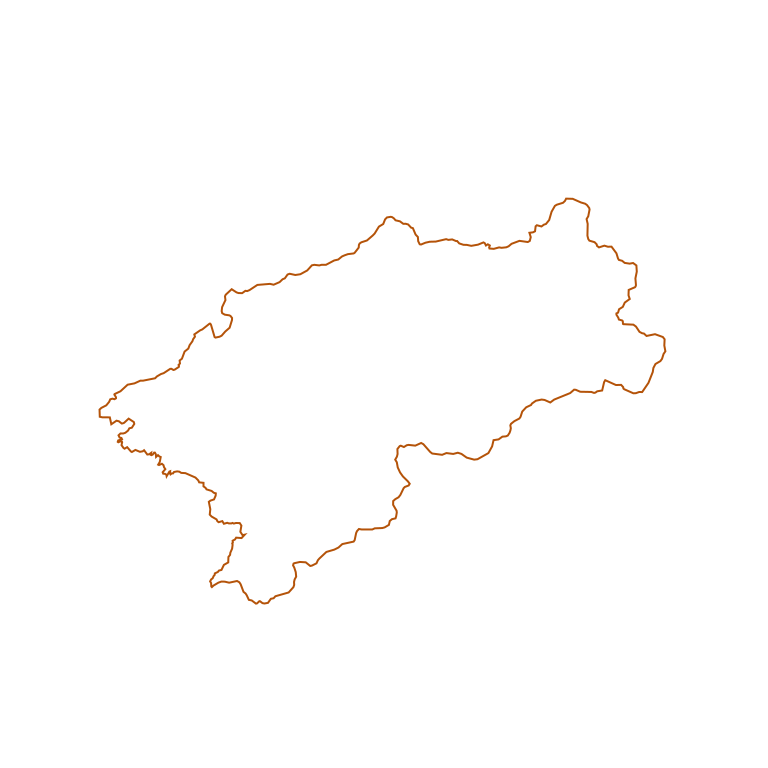 the district of Sop Cop, Son La, Vietnam, rotated 308°
{"feature_id": "81297802B35904575630157", "entity_name": "Sop Cop", "entity_type": "district", "adm_level": 2, "iso_a3": "VNM", "parent_name": "Vietnam", "parent_adm1": "Son La", "projection": "albers", "projection_center": [103.41, 20.879], "detail": "fine", "context": "isolated", "style": "outline", "palette": "amber", "viewbox_px": 768, "rotation_deg": 308, "n_neighbors": 0, "source": "geoboundaries", "source_scale": "gbopen_adm2", "svg_char_len": 6166}
<svg xmlns="http://www.w3.org/2000/svg" viewBox="0 0 768 768"><g transform="rotate(308 384 384)"><path d="M121.4,368.5L120.7,370.3L118.1,372.6L118.0,373.4L120.1,373.7L125.5,375.8L128.2,377.5L130.2,380.2L132.1,384.3L138.3,389.5L138.7,392.1L137.9,394.4L133.7,401.3L133.7,403.9L133.0,405.9L130.7,410.4L132.0,413.0L132.1,418.3L132.9,419.0L136.1,419.5L136.5,420.1L136.5,423.1L137.4,424.9L140.1,427.3L145.1,427.1L147.2,428.9L149.9,429.1L161.0,437.2L168.1,437.7L170.4,436.9L172.6,435.0L175.0,433.9L178.1,433.4L181.4,430.3L184.1,426.3L185.1,424.0L186.8,423.3L187.5,423.6L192.0,427.3L195.3,432.1L195.2,437.9L196.5,439.0L201.1,441.2L204.4,440.4L206.6,440.5L216.2,442.0L222.9,446.8L227.1,448.8L232.2,449.7L241.1,457.1L242.9,457.0L249.4,453.8L251.4,453.3L254.3,453.5L255.7,456.1L262.1,464.3L264.6,465.6L269.4,471.3L271.4,472.8L276.0,474.6L279.6,472.9L282.4,473.5L285.2,475.8L287.1,475.1L290.6,473.2L291.9,471.9L294.4,465.6L297.4,463.3L300.2,463.8L303.7,465.2L306.6,465.2L314.0,463.6L315.7,463.8L319.2,465.9L321.2,465.7L322.0,462.8L322.8,455.8L324.2,451.1L326.7,446.2L330.2,442.3L331.3,439.4L334.7,438.9L337.2,437.8L341.0,434.6L344.7,434.6L345.7,435.2L346.6,438.5L349.7,439.6L351.1,440.8L354.7,446.6L360.4,449.6L360.8,452.1L358.9,462.2L358.9,464.8L364.0,473.4L368.0,475.7L371.5,481.6L375.3,484.5L376.6,488.1L376.9,494.5L379.9,501.6L382.3,504.0L393.8,508.8L401.4,507.6L407.2,504.9L410.9,508.4L415.4,509.7L417.8,512.3L419.6,513.3L422.9,513.0L425.2,512.2L427.2,511.2L429.2,509.0L430.8,508.6L435.0,509.6L440.1,511.9L442.2,511.8L447.4,509.9L453.2,510.4L458.0,512.8L459.7,512.6L464.3,514.0L468.8,517.8L470.3,520.4L471.8,526.4L476.5,527.7L491.5,536.3L496.6,537.3L497.5,538.7L498.7,543.4L505.4,552.3L506.3,555.0L507.4,555.9L509.5,556.5L513.2,559.9L521.0,556.3L523.2,556.0L526.0,567.4L529.3,571.4L528.8,574.4L527.8,575.5L527.8,576.6L530.2,586.2L531.8,588.1L534.8,590.0L536.6,592.4L547.7,591.7L558.9,588.4L562.5,586.4L566.9,585.6L572.2,587.7L575.0,587.6L579.8,585.8L583.0,585.6L586.9,581.2L592.0,577.6L592.7,574.8L590.1,566.9L583.5,561.3L583.8,557.8L582.9,556.1L582.4,553.2L584.4,547.2L584.3,544.0L578.6,535.9L578.5,535.3L580.5,533.5L580.7,532.6L579.4,529.4L580.5,527.8L581.7,524.5L582.7,523.7L584.4,524.5L587.6,523.2L591.8,524.7L596.4,523.6L602.3,525.3L604.4,522.1L608.8,518.9L614.8,522.2L615.7,522.2L617.0,521.7L622.0,517.1L628.2,514.0L632.8,509.9L632.7,505.8L630.1,503.5L627.6,499.1L627.7,495.8L626.4,492.7L627.0,491.1L630.1,486.7L632.3,478.7L630.0,475.9L628.7,472.5L624.0,469.3L624.0,466.8L625.0,465.6L625.4,462.6L623.4,457.6L624.0,455.7L626.1,453.0L635.6,445.9L638.7,442.1L641.9,441.7L648.0,438.6L649.0,437.4L650.0,433.8L649.9,431.5L648.3,427.4L646.1,418.7L642.2,413.4L639.7,413.9L637.0,413.5L631.7,409.8L629.6,409.0L622.9,410.0L614.9,413.2L609.8,413.1L608.0,411.9L605.1,411.1L603.2,406.7L601.6,406.4L597.3,409.0L595.2,408.0L592.7,405.5L590.1,409.2L586.5,410.8L584.4,409.9L580.2,402.6L573.0,398.2L569.2,397.4L567.0,396.2L563.7,392.8L562.5,390.6L558.1,387.3L555.7,383.7L556.3,382.8L558.3,382.1L558.0,379.8L555.9,379.1L557.0,376.7L556.8,375.2L551.7,372.3L546.6,367.7L544.6,363.6L542.6,360.9L541.1,356.7L541.7,353.6L541.0,352.8L539.9,348.7L537.2,346.0L536.4,343.8L528.1,337.1L524.3,332.5L520.9,329.7L516.7,327.3L516.1,326.1L517.6,323.0L520.7,320.2L521.2,316.9L524.6,310.8L523.9,309.1L524.6,304.8L523.6,302.4L522.1,300.6L522.0,296.4L520.1,292.3L520.6,289.9L520.5,287.7L519.9,286.4L517.1,283.8L514.4,283.5L509.6,284.9L504.9,283.1L496.8,284.0L494.1,283.7L486.6,282.2L481.7,278.9L479.7,278.3L478.2,278.6L475.9,280.1L469.3,280.1L468.2,279.7L464.1,275.6L461.1,273.7L458.7,272.4L453.9,271.3L450.7,268.7L442.2,264.9L439.6,261.5L437.6,260.0L435.0,255.7L433.1,254.1L426.2,253.6L419.0,250.5L415.3,247.0L412.8,241.8L410.9,240.6L406.2,240.8L404.1,239.6L400.0,239.0L394.3,235.9L392.7,232.5L384.1,223.2L375.2,220.2L373.0,219.0L372.1,217.4L368.3,216.3L366.1,213.4L365.4,211.4L364.9,205.6L356.9,204.3L355.2,204.7L352.5,207.4L344.9,209.1L341.5,211.2L340.2,212.9L340.6,215.8L342.9,219.9L343.1,221.2L342.5,223.6L340.9,224.8L333.3,227.7L327.6,226.6L322.1,226.3L320.0,225.3L316.8,222.6L316.7,221.6L324.1,211.3L324.6,210.0L324.2,209.4L315.1,207.2L313.1,206.1L306.3,204.0L304.9,205.9L301.8,206.0L299.8,206.7L295.0,206.9L291.4,208.0L286.8,206.9L279.5,209.2L276.7,208.5L274.5,210.6L272.5,210.4L272.1,211.3L271.1,211.8L266.4,210.2L265.4,209.4L265.1,207.1L264.3,206.2L256.9,203.7L254.5,202.1L250.2,200.4L247.6,200.1L238.3,192.1L236.7,190.0L230.9,187.0L225.6,182.4L216.0,180.8L210.2,177.9L209.6,178.1L208.6,180.9L207.7,181.6L206.1,181.0L205.3,179.1L203.4,177.7L200.7,178.4L196.2,178.3L191.2,176.0L188.7,175.6L183.2,180.2L184.3,182.5L188.9,188.5L184.4,193.9L190.4,195.8L191.4,198.0L191.4,201.7L192.2,202.4L193.4,203.1L199.5,204.1L200.0,210.3L198.8,211.8L194.3,212.2L192.3,210.6L189.7,211.0L186.3,210.2L184.5,209.0L182.8,206.8L180.1,206.4L179.0,208.6L179.8,210.3L179.2,211.5L175.9,209.3L174.5,209.8L174.5,210.5L176.3,211.5L177.3,212.8L176.9,213.5L174.2,214.8L173.2,218.2L173.3,219.4L176.1,220.5L175.0,226.2L175.2,227.2L179.0,228.7L180.3,233.4L182.4,235.3L184.1,235.7L182.7,240.9L184.0,242.2L186.4,242.9L184.6,243.9L184.7,244.5L186.0,245.2L188.4,245.1L188.9,245.7L188.2,247.4L186.2,249.3L188.8,249.7L188.6,251.6L189.0,253.0L184.5,255.3L181.4,255.7L181.6,256.6L184.4,258.1L184.3,260.2L183.0,261.9L182.3,264.1L178.2,263.9L177.4,265.2L178.3,266.6L178.6,268.3L177.5,269.5L182.9,268.8L183.6,269.2L181.8,270.3L181.3,271.4L182.9,271.8L183.7,272.8L185.4,272.7L187.8,274.8L188.9,276.7L189.1,278.9L191.5,282.4L194.2,293.0L193.7,297.0L192.7,298.9L195.0,302.6L192.2,304.8L192.3,307.3L191.7,309.0L193.6,314.0L193.5,316.8L194.3,318.8L192.3,320.1L188.4,321.1L185.2,319.0L183.3,318.5L178.4,324.2L173.8,327.1L173.4,329.7L174.2,335.4L173.3,337.2L173.3,338.8L176.4,341.0L175.3,343.9L178.1,345.9L178.6,347.5L180.2,349.6L181.2,350.1L181.6,351.6L183.2,352.8L185.6,355.9L184.6,358.8L179.1,361.8L177.8,365.6L179.5,367.0L174.9,366.6L171.9,362.1L169.8,362.3L167.3,361.2L165.9,362.6L165.0,362.5L164.1,363.7L160.7,365.7L156.4,366.8L154.6,367.9L151.9,367.9L147.5,371.1L142.9,369.2L137.4,370.4L135.4,368.8L133.6,368.8L130.6,367.3L129.3,368.1L127.7,368.0L125.4,368.6L123.6,368.1L121.4,368.5Z" fill="none" stroke="#b45309" stroke-width="2"/></g></svg>